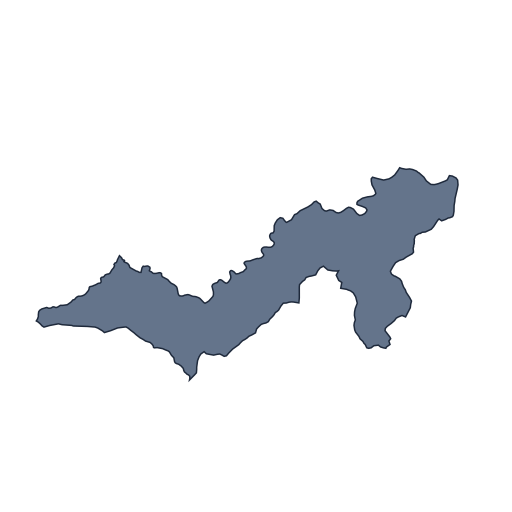 the district of Dala, Chhukha, Bhutan, rotated 300°
{"feature_id": "84629894B52773490471005", "entity_name": "Dala", "entity_type": "district", "adm_level": 2, "iso_a3": "BTN", "parent_name": "Bhutan", "parent_adm1": "Chhukha", "projection": "orthographic", "projection_center": [89.612, 26.815], "detail": "fine", "context": "isolated", "style": "filled", "palette": "slate", "viewbox_px": 512, "rotation_deg": 300, "n_neighbors": 0, "source": "geoboundaries", "source_scale": "gbopen_adm2", "svg_char_len": 6150}
<svg xmlns="http://www.w3.org/2000/svg" viewBox="0 0 512 512"><g transform="rotate(300 256 256)"><path d="M89.9,98.2L89.9,100.5L89.3,103.3L88.5,105.7L88.4,107.9L92.7,112.1L98.5,118.8L99.5,122.3L103.8,131.2L104.0,132.7L110.8,145.4L114.0,152.2L114.5,155.0L114.4,160.5L113.9,163.0L118.7,167.5L124.5,172.1L128.6,177.5L129.6,179.0L129.6,181.3L129.0,184.7L128.5,188.8L127.9,191.6L127.2,196.5L127.3,199.9L127.1,202.9L128.2,207.5L127.7,209.9L126.9,211.8L125.6,213.0L125.6,213.8L127.3,216.3L129.1,221.5L129.4,224.4L129.9,227.7L129.7,228.2L129.8,228.7L127.7,232.5L126.8,235.7L123.7,238.4L123.1,239.6L123.1,241.0L123.4,242.2L123.6,243.7L123.4,244.7L123.4,245.7L122.5,248.7L121.9,249.7L121.1,250.3L120.0,251.7L119.8,252.2L119.6,253.6L119.1,255.5L119.3,257.0L118.8,258.6L118.5,258.9L117.1,259.8L115.4,260.4L122.3,262.2L125.0,262.8L128.0,261.4L130.1,260.2L136.2,257.7L140.3,257.1L143.5,257.2L147.2,258.9L146.5,261.8L147.6,265.0L149.0,268.9L151.5,271.6L153.0,273.6L153.2,276.0L153.2,278.6L154.8,280.3L158.3,280.9L163.7,282.3L170.6,285.4L173.1,285.9L175.9,286.7L178.0,288.0L180.4,289.2L183.0,290.0L185.5,291.8L189.2,294.0L193.1,293.0L195.8,293.6L199.4,294.7L201.2,296.2L203.0,298.1L205.3,299.5L208.1,299.5L211.8,300.6L214.1,301.0L216.7,301.0L218.3,301.9L220.4,302.6L225.1,302.6L228.8,303.2L230.4,305.7L232.6,307.8L234.0,309.7L234.9,311.5L236.8,316.6L241.3,314.5L250.8,309.0L253.0,308.0L257.3,309.0L259.7,310.1L262.4,310.1L264.8,312.1L266.4,314.0L269.5,317.1L274.2,316.9L277.8,317.5L280.9,319.5L279.8,325.2L281.5,329.8L283.3,333.4L284.5,334.9L279.5,335.1L276.2,339.9L276.0,343.5L270.4,345.5L272.5,351.3L272.6,352.7L273.1,355.2L272.7,358.7L270.4,362.8L265.8,367.3L260.2,368.2L256.9,369.3L253.8,370.9L250.3,374.0L247.5,374.5L245.0,375.5L241.4,378.4L239.9,380.3L237.8,385.4L236.3,387.5L235.5,391.3L234.3,393.3L234.0,394.8L231.9,397.8L232.3,399.6L234.0,401.6L237.2,402.9L240.0,406.6L239.5,409.3L240.2,412.4L241.0,414.6L242.4,414.5L246.4,416.3L248.8,413.6L251.7,414.0L252.8,412.4L255.8,405.1L258.0,404.2L260.7,404.8L265.2,406.8L269.3,408.2L272.3,408.5L274.5,409.8L277.5,412.2L278.0,416.0L288.3,415.5L291.6,414.1L294.7,413.2L296.9,409.7L299.6,404.3L301.4,402.2L302.7,399.6L303.7,398.3L305.2,396.4L306.9,394.7L308.1,391.9L308.1,386.6L307.8,385.9L308.0,382.8L308.4,381.9L310.0,380.0L315.6,379.9L320.0,380.2L323.6,382.2L326.9,385.2L330.3,386.7L336.1,390.2L338.1,390.5L341.3,388.2L342.8,387.9L343.8,387.3L345.9,386.8L347.3,386.0L348.3,385.6L349.4,384.7L352.7,383.9L353.4,383.9L356.9,385.9L357.8,387.1L359.6,388.0L361.5,390.7L366.8,394.4L370.2,395.1L377.7,395.5L379.6,396.0L379.3,399.2L382.5,401.9L385.1,403.5L386.0,404.7L388.3,406.5L389.9,406.5L393.7,405.1L398.8,402.3L402.6,400.9L405.4,399.6L414.7,396.8L418.6,395.4L422.5,392.7L423.6,390.2L423.4,386.1L422.3,383.3L417.7,383.6L415.9,382.6L409.9,377.8L408.2,376.1L406.9,374.6L405.4,371.6L406.2,366.0L408.2,362.0L409.5,355.7L409.4,354.7L409.8,352.5L409.2,348.4L408.2,345.5L406.1,342.6L404.6,338.2L404.3,336.3L401.2,336.2L395.5,335.6L392.0,334.2L389.3,332.6L385.6,328.6L383.7,322.2L382.5,317.5L380.5,317.2L378.5,318.4L375.6,320.9L372.5,325.9L370.1,328.5L369.1,328.5L366.9,327.6L365.5,326.3L362.9,322.9L359.3,319.3L354.2,316.7L352.6,316.8L351.2,317.6L351.2,318.9L352.1,323.2L352.5,326.9L351.4,329.1L350.0,329.4L347.2,329.0L344.5,327.3L342.9,325.4L343.2,322.0L345.3,317.0L345.2,313.6L344.5,311.8L342.5,310.5L339.3,309.2L336.2,307.6L334.4,305.8L333.7,303.6L334.0,300.0L332.8,296.8L330.0,294.4L329.5,292.6L330.1,289.4L333.1,285.6L333.1,283.4L333.6,280.7L331.9,279.3L328.3,278.4L324.4,276.4L317.3,271.6L313.1,270.3L311.1,268.7L305.1,268.6L300.4,265.7L300.3,265.2L300.9,263.1L302.1,260.4L301.3,257.8L298.1,256.4L294.2,256.2L291.4,256.6L286.5,259.3L284.5,259.2L283.4,257.8L282.7,257.5L281.3,257.5L280.4,257.7L279.6,258.2L278.6,259.2L277.6,260.8L277.4,261.7L277.3,263.5L277.0,264.5L276.6,265.2L275.3,265.8L274.4,265.8L272.8,265.5L271.9,265.1L270.8,264.2L269.7,262.3L269.0,260.6L268.0,258.9L267.1,258.0L266.0,257.6L265.3,257.4L264.6,257.5L263.8,257.7L263.0,258.4L262.2,259.4L261.4,261.4L260.7,262.2L260.0,262.4L258.8,262.2L256.9,261.4L255.0,259.5L254.6,258.5L254.0,257.8L250.9,255.0L249.2,253.7L248.4,252.8L247.1,250.9L246.1,249.8L244.9,249.2L243.9,249.2L243.5,249.6L241.9,252.9L240.7,253.8L239.7,253.8L238.4,253.3L236.1,252.8L233.6,250.7L232.3,250.0L230.8,248.2L230.5,247.4L231.3,244.7L231.3,242.7L231.0,241.7L230.4,241.3L229.0,241.2L227.3,242.7L226.5,243.7L224.9,244.9L223.2,245.4L220.7,245.2L219.4,245.0L218.1,244.4L217.4,243.6L217.4,241.8L217.9,238.3L217.6,236.9L217.2,236.4L216.6,236.0L213.9,235.8L213.4,235.5L211.9,234.1L210.2,233.0L209.4,232.8L207.8,233.0L203.6,237.1L201.0,238.6L199.4,238.9L193.6,237.7L191.9,236.9L189.6,235.5L189.6,234.1L191.0,229.3L191.2,228.4L191.2,227.2L190.8,224.7L190.4,223.4L189.5,221.6L189.2,220.1L189.0,218.1L188.7,216.8L188.4,216.1L186.3,213.7L185.4,213.1L184.3,212.0L183.3,209.7L183.5,208.9L184.0,208.0L184.6,207.3L188.3,204.1L189.4,202.9L189.9,201.4L190.2,199.2L190.0,196.2L190.7,193.3L191.3,191.8L191.4,190.7L191.2,185.2L192.1,183.9L193.6,182.9L193.7,181.8L193.2,180.6L191.0,178.2L189.7,176.1L189.6,175.0L190.0,173.3L189.8,172.3L189.9,171.0L192.2,170.5L193.2,169.7L193.3,167.6L193.0,166.8L191.1,164.5L190.8,163.4L188.8,163.2L184.3,164.6L183.4,163.0L183.5,161.2L183.1,160.0L183.0,152.5L184.6,150.6L185.4,148.5L185.0,145.1L185.1,144.4L186.2,144.5L186.5,143.9L186.1,142.2L187.3,140.4L188.0,137.6L183.3,137.9L182.8,138.1L180.8,138.3L180.3,138.2L179.5,137.4L177.7,137.2L177.1,138.1L176.7,138.4L175.9,138.5L174.5,138.6L171.8,138.1L168.3,138.1L166.8,137.4L166.0,136.3L164.3,134.9L162.1,134.6L161.4,134.2L160.5,133.1L159.7,132.7L158.7,132.8L156.6,134.6L155.9,134.8L154.9,134.7L154.4,134.3L153.4,133.0L152.9,132.7L150.7,131.4L149.4,130.3L148.1,129.4L146.4,127.5L145.5,127.3L143.9,127.9L143.0,128.1L142.0,128.1L138.3,127.5L136.9,127.0L135.6,126.2L134.4,125.2L133.5,124.2L132.4,122.4L131.4,121.6L129.9,121.0L127.6,120.6L126.4,119.4L123.5,118.8L119.4,116.9L116.6,113.3L115.5,111.3L112.5,109.7L111.5,108.8L111.2,108.1L111.0,106.8L110.5,105.6L108.4,104.4L107.1,102.7L106.8,100.5L103.1,97.0L100.8,95.8L99.0,95.7L96.4,96.8L94.7,97.8L92.0,98.3L89.9,98.2Z" fill="#64748b" stroke="#1e293b" stroke-width="1.5"/></g></svg>